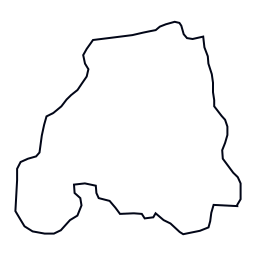 outline of Hwacheon-gun, Gangwon, South Korea
{"feature_id": "91817680B86395324328742", "entity_name": "Hwacheon-gun", "entity_type": "district", "adm_level": 2, "iso_a3": "KOR", "parent_name": "South Korea", "parent_adm1": "Gangwon", "projection": "natural_earth1", "projection_center": [127.693, 38.168], "detail": "fine", "context": "isolated", "style": "outline", "palette": "ink", "viewbox_px": 256, "rotation_deg": 0, "n_neighbors": 0, "source": "geoboundaries", "source_scale": "gbopen_adm2", "svg_char_len": 1184}
<svg xmlns="http://www.w3.org/2000/svg" viewBox="0 0 256 256"><path d="M203.2,36.6L192.6,39.0L187.0,38.1L183.7,34.2L181.3,25.7L179.4,22.9L174.7,21.8L165.8,24.3L159.9,26.6L155.7,30.1L150.0,31.2L143.2,32.6L132.4,35.1L111.7,37.7L93.0,40.0L86.7,48.9L83.2,55.1L85.0,63.6L88.4,69.2L86.7,76.5L82.1,83.2L77.5,90.0L71.2,95.0L66.6,99.5L61.4,106.3L53.3,113.0L46.5,116.4L44.1,124.9L41.8,135.6L39.5,152.5L36.1,156.4L28.0,158.7L20.6,162.0L17.1,168.8L17.1,171.0L17.1,180.1L15.4,211.1L21.1,220.7L24.5,226.3L32.6,231.4L44.7,233.6L53.9,233.6L60.1,230.6L60.8,230.3L70.0,220.1L77.4,215.6L81.5,205.4L80.3,198.1L74.6,193.0L74.0,184.6L84.9,183.4L95.8,185.7L96.4,193.0L98.7,198.1L109.6,200.9L115.4,207.7L120.0,213.9L133.8,213.3L141.8,213.9L144.7,218.4L153.3,217.3L155.6,213.3L163.6,220.1L170.5,223.5L179.7,232.0L183.2,234.2L199.9,230.8L208.5,227.4L210.2,221.2L211.3,212.8L213.6,204.9L237.3,206.1L237.2,204.9L240.6,199.2L240.6,190.8L240.6,183.4L237.8,177.2L233.2,172.7L222.8,158.7L222.2,150.2L225.1,142.9L227.4,135.0L227.4,126.6L225.1,119.8L221.6,115.9L214.2,106.3L214.2,100.1L213.0,92.2L213.0,82.7L211.8,74.2L208.4,63.6L207.8,56.3L204.4,47.3L203.2,36.6Z" fill="none" stroke="#020617" stroke-width="2"/></svg>